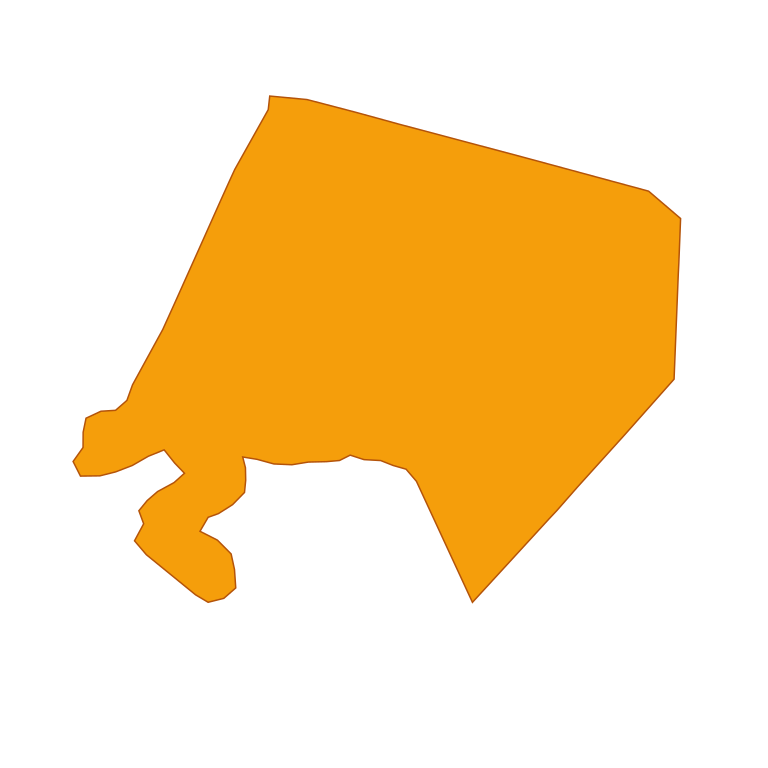 the district of Engenheiro Paulo de Frontin, Rio de Janeiro, Brazil, rotated 16°
{"feature_id": "56859067B20442961875436", "entity_name": "Engenheiro Paulo de Frontin", "entity_type": "district", "adm_level": 2, "iso_a3": "BRA", "parent_name": "Brazil", "parent_adm1": "Rio de Janeiro", "projection": "albers", "projection_center": [-43.66, -22.521], "detail": "fine", "context": "isolated", "style": "filled", "palette": "amber", "viewbox_px": 768, "rotation_deg": 16, "n_neighbors": 0, "source": "geoboundaries", "source_scale": "gbopen_adm2", "svg_char_len": 1046}
<svg xmlns="http://www.w3.org/2000/svg" viewBox="0 0 768 768"><g transform="rotate(16 384 384)"><path d="M661.5,299.4L636.8,198.1L634.1,186.6L623.5,143.2L585.2,125.7L456.2,127.6L327.0,130.1L282.1,130.6L231.5,131.8L194.8,138.7L197.1,152.2L181.4,218.9L179.6,230.7L176.2,254.0L170.3,295.7L160.4,364.8L156.3,392.6L142.5,454.1L141.4,470.6L133.2,483.3L119.4,488.2L107.0,499.0L108.1,513.3L112.2,528.0L106.5,544.2L117.6,556.2L136.2,550.6L150.2,542.5L164.5,531.7L177.4,518.4L190.8,507.9L204.6,517.7L216.8,524.8L209.4,536.6L196.0,549.8L188.5,561.3L183.3,573.4L191.5,584.6L187.4,603.5L202.6,613.6L261.0,638.6L275.1,642.3L289.1,634.2L297.7,620.9L291.4,603.5L283.9,589.5L266.9,580.0L247.7,576.3L251.7,560.6L260.6,554.2L271.7,541.7L279.8,526.7L277.6,514.7L273.9,502.7L268.3,493.1L282.8,491.4L300.2,491.2L317.7,487.0L332.8,479.9L350.1,474.5L362.3,469.8L371.1,461.7L385.6,462.2L401.9,458.5L415.3,459.8L428.7,459.8L442.0,468.6L529.2,569.5L579.8,468.2L585.0,458.1L598.4,429.7L629.3,366.6L661.5,299.4Z" fill="#f59e0b" stroke="#b45309" stroke-width="1.5"/></g></svg>